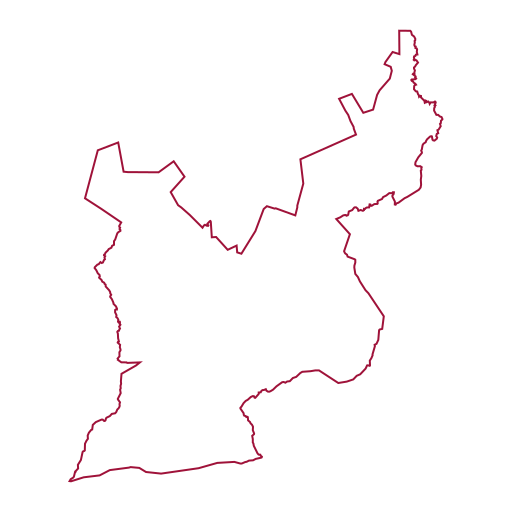 Mutasa, Manicaland, Zimbabwe
{"feature_id": "62879985B28116741742257", "entity_name": "Mutasa", "entity_type": "district", "adm_level": 2, "iso_a3": "ZWE", "parent_name": "Zimbabwe", "parent_adm1": "Manicaland", "projection": "orthographic", "projection_center": [32.773, -18.58], "detail": "fine", "context": "isolated", "style": "outline", "palette": "rose", "viewbox_px": 512, "rotation_deg": 0, "n_neighbors": 0, "source": "geoboundaries", "source_scale": "gbopen_adm2", "svg_char_len": 6019}
<svg xmlns="http://www.w3.org/2000/svg" viewBox="0 0 512 512"><path d="M121.3,362.3L126.5,362.4L127.2,362.9L139.9,362.4L136.0,365.5L121.5,373.8L120.9,381.3L121.1,383.8L120.5,385.9L120.7,388.3L120.1,389.7L120.7,393.1L117.8,398.9L117.9,399.4L120.0,402.3L119.5,404.1L119.7,405.7L119.5,406.7L118.5,408.4L117.3,409.5L116.2,412.1L115.1,413.3L111.8,413.9L109.8,416.1L106.7,417.6L106.0,418.3L105.5,420.3L104.9,420.9L104.2,421.0L102.7,419.6L101.5,419.6L95.8,422.1L92.8,424.9L92.2,429.5L91.1,430.0L88.9,432.7L87.7,435.5L87.9,438.8L86.5,440.7L85.0,443.7L84.8,450.4L84.4,450.9L83.2,451.3L82.6,452.0L80.9,460.0L77.9,464.8L78.1,468.5L75.9,470.9L75.5,471.9L75.1,471.8L73.9,476.7L73.2,477.6L70.7,479.2L69.6,481.1L71.0,481.3L83.7,477.3L99.6,475.4L109.8,470.1L129.0,467.6L130.6,467.1L139.3,467.9L146.0,472.0L161.1,473.6L198.6,468.2L217.3,462.9L234.4,461.9L240.2,463.5L241.8,463.5L245.3,462.0L246.6,461.8L249.0,460.6L253.1,460.3L255.7,458.9L261.1,457.7L261.7,457.4L261.9,456.7L260.6,455.6L260.3,454.7L258.6,454.6L257.5,453.3L253.8,445.8L253.4,443.5L252.8,442.5L252.8,439.1L252.2,435.8L254.0,434.2L254.1,433.4L252.8,430.2L253.0,426.8L252.7,426.1L251.9,424.6L250.6,423.4L250.0,422.0L248.1,420.4L247.8,417.1L247.4,416.8L246.3,417.0L245.7,416.0L244.3,415.7L243.8,414.9L243.6,413.2L240.4,408.5L240.4,407.8L241.5,406.6L243.6,403.1L245.7,400.9L247.7,399.8L250.8,397.0L252.7,396.1L253.9,396.2L254.6,397.7L255.3,397.8L258.5,394.2L258.8,393.6L258.7,392.5L260.7,392.3L261.5,390.8L262.5,390.1L263.9,390.0L265.8,389.2L266.4,390.6L267.9,391.6L269.2,391.7L270.5,391.2L273.0,389.7L276.5,386.3L282.2,382.2L283.7,382.0L285.4,382.7L287.1,381.5L289.8,381.2L292.9,378.0L296.2,376.9L300.3,373.0L302.3,371.8L310.5,371.2L315.3,370.4L319.0,370.4L338.3,383.0L346.8,381.6L353.3,379.4L356.7,375.8L360.2,374.3L365.6,368.6L367.1,365.4L367.9,365.3L369.7,365.8L370.0,365.3L369.8,360.6L371.3,358.3L372.6,355.3L372.5,354.4L374.9,346.2L374.6,344.8L376.5,343.8L378.3,339.9L379.1,330.2L379.7,329.5L382.2,328.9L383.8,316.3L368.4,293.2L365.5,290.2L359.9,281.4L357.9,277.0L355.3,273.9L354.3,267.5L354.4,265.6L355.3,262.6L355.3,259.8L354.8,259.3L347.6,256.6L347.0,254.7L345.2,253.4L344.7,252.6L344.1,251.2L349.9,234.2L336.3,219.0L340.3,217.3L343.2,215.4L345.1,215.0L346.0,215.1L346.4,215.7L347.7,215.3L348.2,214.7L348.8,211.5L352.2,210.1L354.1,207.7L354.8,207.3L356.0,207.3L357.7,208.7L358.4,210.8L360.7,210.0L362.9,210.8L364.0,210.1L364.0,208.8L365.1,208.9L365.7,208.1L366.8,207.5L369.1,207.4L369.6,204.4L370.4,204.5L370.8,205.8L371.7,205.8L374.3,204.1L377.4,203.9L377.7,203.4L377.5,201.5L377.9,200.8L382.0,199.0L383.1,197.1L386.3,195.5L389.3,193.1L392.0,193.2L392.9,192.2L393.9,192.3L393.6,194.1L392.4,195.6L392.4,196.6L394.9,201.6L394.8,204.5L395.6,204.7L396.4,203.4L398.5,202.7L404.6,198.2L407.3,196.9L418.8,189.8L420.6,187.5L421.1,184.7L420.8,179.7L421.3,176.0L420.8,170.6L421.5,169.8L421.3,167.9L421.7,167.2L420.3,166.2L417.5,166.3L415.7,165.4L415.2,164.4L415.5,162.2L418.3,157.3L421.9,152.9L421.9,152.2L421.2,150.6L421.8,149.5L422.6,145.1L423.5,143.7L425.7,142.2L426.0,141.1L427.0,139.4L430.0,136.6L431.2,136.2L431.9,136.4L432.5,139.7L433.2,140.4L434.5,140.6L436.8,138.7L437.2,137.5L436.2,136.1L436.8,133.9L438.2,133.2L437.4,130.2L438.6,129.6L440.7,126.2L440.0,123.9L440.8,123.1L441.0,120.7L442.4,119.4L442.4,118.9L441.5,117.0L439.9,116.5L438.2,114.9L436.4,114.9L434.1,110.6L434.2,108.1L434.9,106.9L434.5,105.6L435.4,105.3L434.9,104.1L435.7,102.7L435.4,101.7L435.0,101.5L433.5,102.4L430.6,102.4L429.7,103.9L429.2,102.5L428.2,101.5L426.9,102.1L426.3,100.9L425.6,100.6L425.4,102.5L424.8,102.8L424.4,100.8L421.0,97.4L421.0,96.0L420.2,95.8L419.1,96.8L418.8,95.2L418.0,94.1L417.2,91.5L415.8,91.3L414.0,89.2L414.2,86.0L414.7,85.2L416.0,84.7L415.3,83.7L413.6,82.6L413.1,81.5L411.8,80.9L411.3,80.0L411.7,79.5L415.3,79.2L416.1,78.6L415.2,77.5L415.7,77.0L415.6,76.4L412.8,74.2L413.2,73.7L414.5,73.7L414.3,72.9L414.9,70.4L414.0,68.6L414.0,67.5L415.2,66.4L415.7,65.3L418.0,62.6L416.5,60.4L415.6,60.0L414.3,60.4L413.7,59.8L414.3,58.4L413.9,57.5L414.1,56.4L415.4,55.9L415.8,54.7L417.4,54.5L416.8,51.9L417.1,49.4L416.7,48.5L415.5,48.1L415.7,46.6L414.9,46.4L414.3,44.9L414.8,42.6L414.6,40.9L415.2,40.3L415.3,38.8L414.1,36.5L411.9,34.8L411.1,31.7L410.3,30.8L399.2,30.7L399.4,54.1L392.6,52.0L385.4,62.1L384.6,64.2L390.7,66.8L391.8,70.8L389.8,78.6L379.6,90.3L377.1,94.9L373.1,109.6L363.3,112.8L351.9,93.9L339.1,98.8L345.4,110.7L348.2,114.9L350.5,121.1L353.6,126.9L353.8,128.7L356.0,134.6L300.4,159.3L303.3,183.6L297.3,205.6L297.3,207.4L295.3,215.4L275.7,208.3L274.6,208.6L266.9,206.2L263.7,209.0L255.4,231.1L241.4,253.7L237.2,252.4L236.6,245.6L227.7,249.8L216.1,237.0L211.8,237.3L210.8,221.8L210.4,221.0L209.8,221.2L207.3,223.9L207.3,224.4L208.4,225.3L208.2,225.8L207.0,225.8L204.9,224.8L203.9,225.5L202.5,227.7L189.8,215.0L181.2,207.4L178.1,205.2L170.7,192.1L184.5,176.7L173.7,161.3L158.6,172.3L127.8,172.1L123.6,171.7L118.2,142.5L97.8,150.3L85.0,198.3L101.2,208.8L121.2,222.4L119.2,226.0L119.3,226.8L120.1,227.6L119.5,229.0L120.4,230.0L120.4,230.9L118.4,232.1L117.3,233.3L115.2,239.5L114.0,241.2L114.0,244.8L112.1,245.8L111.4,247.7L108.7,249.1L107.8,250.5L105.5,252.7L105.0,254.1L104.1,254.7L104.0,255.3L105.2,256.2L104.5,257.4L104.9,259.3L104.0,260.0L102.9,262.5L101.7,263.0L100.4,262.1L98.7,264.2L97.4,264.6L94.8,267.2L94.6,268.0L96.3,270.2L97.8,273.3L99.5,274.9L99.8,276.4L99.1,277.4L99.2,277.8L101.5,279.9L102.3,281.7L104.2,282.7L104.6,283.9L105.6,284.6L105.7,286.5L109.1,290.2L110.1,291.9L110.3,293.4L111.2,294.8L110.2,296.3L110.2,296.9L111.9,299.2L113.4,302.7L113.5,303.8L116.0,306.4L117.0,308.7L116.9,309.5L116.0,309.4L115.1,310.0L115.1,312.3L116.5,315.2L116.2,317.0L117.4,318.0L118.3,319.6L118.0,321.7L118.5,322.3L119.2,321.6L119.8,321.7L120.0,323.0L119.7,324.0L120.4,324.8L119.1,326.6L120.0,328.6L119.3,329.5L119.0,330.7L117.9,331.0L117.3,331.9L117.9,333.7L118.1,338.2L118.9,341.5L117.9,342.0L117.7,342.6L120.1,344.8L119.8,347.2L120.5,349.4L120.5,350.4L119.4,352.2L119.5,356.3L117.6,358.6L118.3,359.8L118.1,360.0L121.3,362.3Z" fill="none" stroke="#9f1239" stroke-width="2"/></svg>